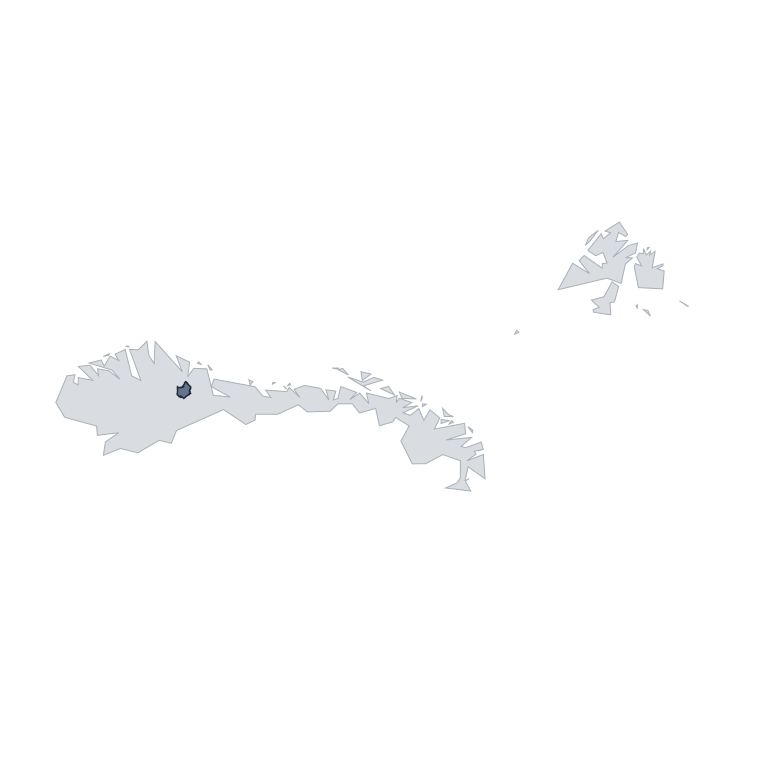 Oppdal nor, Sør-Trøndelag, Norway shown in context, rotated 68°
{"feature_id": "86288312B17793327792400", "entity_name": "Oppdal nor", "entity_type": "district", "adm_level": 2, "iso_a3": "NOR", "parent_name": "Norway", "parent_adm1": "Sør-Trøndelag", "projection": "orthographic", "projection_center": [9.674, 62.536], "detail": "fine", "context": "in_parent", "style": "filled", "palette": "slate", "viewbox_px": 768, "rotation_deg": 68, "n_neighbors": 0, "source": "geoboundaries", "source_scale": "gbopen_adm2", "svg_char_len": 5434}
<svg xmlns="http://www.w3.org/2000/svg" viewBox="0 0 768 768"><g transform="rotate(68 384 384)"><path d="M432.3,376.4L419.4,385.7L422.4,390.0L421.0,403.9L403.5,400.9L401.8,417.5L390.5,420.8L385.1,434.3L389.1,444.1L381.2,465.5L371.2,471.2L372.2,493.9L364.0,514.3L369.2,517.2L369.8,527.3L347.6,542.3L349.4,593.8L359.3,603.5L352.0,613.5L355.6,638.0L345.0,652.6L345.0,670.9L333.4,664.1L329.8,648.2L324.2,669.0L315.4,666.2L295.2,692.5L278.2,695.2L257.7,674.9L259.6,667.1L266.2,671.4L270.2,668.0L263.6,665.0L271.5,652.7L253.2,660.8L256.4,649.6L269.3,645.5L262.6,643.9L268.8,634.0L280.8,627.0L269.2,631.0L254.1,649.5L255.8,637.2L262.5,636.7L255.5,627.4L262.9,621.2L255.6,622.1L255.0,611.0L281.9,614.9L289.6,608.1L256.6,607.0L260.2,599.0L255.6,587.9L269.5,591.3L278.9,589.5L258.9,580.3L297.2,566.4L280.0,566.1L290.9,556.1L303.9,563.4L298.2,554.6L303.6,542.6L330.4,546.5L338.6,531.4L321.7,545.1L315.8,539.8L338.2,504.6L349.9,500.8L354.2,494.0L345.3,496.0L354.7,477.0L351.7,473.2L365.2,467.0L355.2,469.4L355.6,458.1L364.4,444.4L378.2,441.1L367.7,440.0L372.5,431.3L379.7,436.9L380.2,432.1L370.2,425.0L381.6,412.5L385.7,421.6L383.3,409.9L396.5,405.4L385.8,403.7L399.3,384.9L399.6,376.2L405.9,379.6L402.9,375.2L411.7,365.2L412.9,375.6L417.0,360.5L417.8,377.1L422.9,371.2L419.9,360.9L432.8,360.7L425.0,351.1L436.3,345.0L444.7,354.1L450.6,324.1L460.8,326.9L459.2,347.3L466.3,322.8L470.8,335.8L473.6,332.2L474.3,315.5L482.0,316.6L480.2,325.6L483.5,324.9L486.3,336.0L486.6,318.3L509.6,325.8L492.3,337.1L503.9,345.0L515.7,343.7L503.5,365.8L503.0,353.0L499.6,348.4L483.8,341.9L471.5,355.9L473.5,375.2L468.6,387.7L443.2,389.7L432.3,376.4ZM348.2,96.1L356.7,101.7L357.4,112.6L360.2,106.4L363.0,115.1L379.5,126.4L369.3,137.8L361.8,187.1L342.7,163.9L358.7,152.1L342.8,156.9L339.9,150.3L358.4,138.3L354.1,136.4L355.4,132.0L344.0,131.6L344.4,139.7L336.5,144.9L326.0,126.4L331.4,126.2L328.8,117.3L325.0,121.7L322.0,105.2L336.5,102.0L337.8,104.5L331.4,109.9L338.8,115.6L342.2,104.1L352.1,124.1L347.2,105.1L348.2,96.1ZM362.6,82.9L376.6,91.8L377.2,80.3L378.9,81.2L379.5,87.5L384.2,81.9L400.2,90.0L389.9,112.0L369.2,108.1L366.5,105.8L371.1,100.9L361.1,102.1L358.2,98.1L360.6,94.9L355.7,92.7L362.5,92.5L360.8,87.0L363.9,89.3L362.6,82.9ZM381.5,130.0L394.2,139.5L393.3,144.0L404.9,147.8L395.9,162.9L393.5,162.3L393.5,155.8L383.9,160.2L385.5,147.4L374.7,134.3L381.5,130.0ZM378.1,403.7L385.5,398.7L363.9,415.0L374.5,402.5L374.1,390.8L379.8,383.9L378.1,403.7ZM387.9,380.6L398.1,378.5L387.0,388.8L387.9,380.6ZM397.2,372.9L410.0,359.6L404.1,372.6L397.2,372.9ZM321.7,127.8L328.9,140.0L330.8,145.3L325.0,139.3L321.7,127.8ZM369.9,392.4L372.6,402.7L363.9,400.7L369.9,392.4ZM440.3,331.8L436.6,340.3L428.5,338.7L436.8,335.5L440.3,331.8ZM442.5,336.9L442.0,345.9L438.3,344.3L442.5,336.9ZM354.1,416.5L362.3,413.6L353.7,421.0L354.1,416.5ZM425.7,73.4L417.7,78.9L425.8,72.8L425.7,73.4ZM414.5,111.8L420.9,111.5L412.3,115.6L414.5,111.8ZM455.2,322.2L460.1,319.0L462.3,320.3L455.2,322.2ZM445.6,333.9L445.5,338.7L443.2,335.1L445.6,333.9ZM418.6,352.3L419.4,357.0L416.9,355.7L418.6,352.3ZM386.6,239.6L386.7,244.1L383.9,240.9L386.6,239.6ZM409.1,120.8L406.1,121.0L405.3,119.4L409.1,120.8ZM332.7,504.7L334.7,508.5L329.5,507.7L332.7,504.7ZM408.8,352.9L411.9,354.2L414.0,356.6L408.8,352.9ZM356.6,86.9L358.1,89.7L356.3,88.8L356.6,86.9ZM306.2,539.8L300.1,540.2L306.5,538.0L306.2,539.8ZM297.4,546.1L295.0,549.3L294.0,547.5L297.4,546.1ZM352.4,422.2L349.8,426.0L352.5,419.6L352.4,422.2ZM254.3,628.8L253.2,634.0L253.1,627.2L254.3,628.8ZM349.4,474.1L348.0,471.0L349.8,471.1L349.4,474.1ZM503.7,340.4L504.3,344.2L503.9,343.6L503.7,340.4ZM351.2,477.0L348.0,477.8L351.8,476.2L351.2,477.0ZM342.0,484.4L342.4,487.5L340.8,486.5L342.0,484.4ZM254.0,606.5L252.3,609.6L252.8,607.0L254.0,606.5Z" fill="#d9dde1" stroke="#a8b0b8" stroke-width="1"/><path d="M322.4,575.0L321.7,572.9L321.6,572.6L321.4,572.1L321.3,571.4L321.2,571.0L321.1,570.7L321.0,570.2L320.9,569.8L320.8,569.6L320.7,569.3L320.9,568.6L320.3,568.2L320.4,567.9L320.4,567.7L320.2,567.6L320.2,567.4L320.1,567.5L320.1,567.4L320.0,567.2L319.9,567.0L320.0,567.0L319.9,567.0L319.9,566.9L319.7,566.9L319.6,567.0L319.4,567.0L319.2,567.1L318.9,567.1L318.7,567.0L318.7,566.9L318.5,566.7L318.4,566.7L318.2,566.6L317.8,566.6L317.7,566.9L317.7,567.0L316.9,566.6L316.4,566.0L316.4,565.9L316.2,565.9L316.2,565.7L315.9,565.5L315.8,565.4L315.7,565.4L315.7,565.0L315.3,564.9L315.1,564.6L313.9,564.3L313.2,564.9L310.4,565.9L310.3,566.0L310.3,565.9L310.2,565.9L310.2,566.0L309.9,566.0L309.7,566.0L309.7,565.9L309.8,565.9L309.7,565.9L309.4,566.1L308.4,566.3L307.5,567.1L308.3,568.5L308.7,568.5L309.3,569.2L309.4,569.3L309.5,569.5L309.9,570.1L310.1,570.6L310.3,570.7L310.3,570.8L310.4,571.0L310.5,571.0L310.6,570.9L310.7,571.0L310.7,570.9L310.8,570.9L311.0,570.9L311.0,571.0L311.3,570.9L311.3,571.0L311.5,571.2L311.5,571.3L311.6,571.5L311.5,571.8L311.5,572.0L311.4,571.9L311.3,572.1L311.3,572.3L311.3,572.5L311.2,572.4L311.1,572.5L311.2,572.8L311.2,573.0L311.0,573.5L310.8,574.1L311.0,574.4L310.8,575.0L310.3,575.8L309.8,576.2L309.2,576.5L309.7,576.8L311.2,577.3L311.3,577.4L313.0,578.0L314.6,578.7L314.7,578.8L315.0,579.1L315.4,579.4L315.5,579.4L316.1,579.7L316.5,579.6L317.3,579.2L317.6,579.0L318.6,578.9L318.8,578.8L318.8,578.7L319.0,578.6L319.0,578.4L319.1,578.2L319.1,577.9L319.1,577.7L319.3,577.7L319.2,577.6L319.2,577.4L318.9,577.3L319.2,576.8L319.9,577.3L320.4,577.0L320.6,576.3L320.6,575.8L322.4,575.0Z" fill="#64748b" stroke="#1e293b" stroke-width="1.5"/></g></svg>